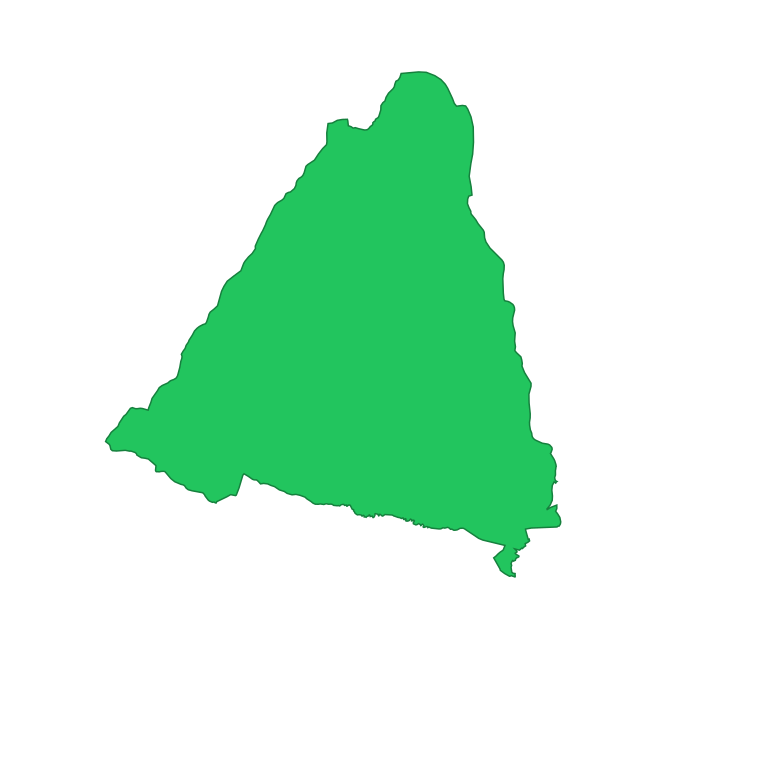 Capu Campului, Suceava, Romania, rotated 48°
{"feature_id": "2599482B47808933658388", "entity_name": "Capu Campului", "entity_type": "district", "adm_level": 2, "iso_a3": "ROU", "parent_name": "Romania", "parent_adm1": "Suceava", "projection": "mercator", "projection_center": [25.961, 47.503], "detail": "fine", "context": "isolated", "style": "filled", "palette": "green", "viewbox_px": 768, "rotation_deg": 48, "n_neighbors": 0, "source": "geoboundaries", "source_scale": "gbopen_adm2", "svg_char_len": 6170}
<svg xmlns="http://www.w3.org/2000/svg" viewBox="0 0 768 768"><g transform="rotate(48 384 384)"><path d="M357.1,590.7L358.0,589.3L359.5,588.9L360.1,588.3L359.5,587.1L362.7,576.1L363.6,572.0L367.6,569.0L367.7,568.1L364.3,561.4L357.3,549.9L357.1,548.1L361.9,546.6L366.8,545.5L368.4,544.6L370.0,542.9L372.3,542.6L375.6,542.6L377.3,540.0L380.4,537.3L383.7,535.9L387.0,534.0L392.7,532.6L397.1,530.0L400.4,529.2L404.8,526.5L407.1,523.3L410.5,520.9L415.2,518.4L417.6,518.2L422.4,516.9L425.0,516.5L427.3,515.5L429.4,513.3L430.5,511.6L433.3,509.3L434.1,507.4L434.8,506.6L436.0,505.9L437.9,503.6L439.1,502.9L440.4,502.7L443.2,500.2L443.8,499.2L444.7,498.8L445.0,498.4L445.0,496.8L445.8,495.3L446.6,494.4L447.7,494.6L448.1,494.2L448.7,493.0L449.0,492.8L449.8,493.4L450.1,493.2L450.3,491.4L451.1,490.4L451.7,490.3L455.7,491.4L457.0,490.7L457.9,491.5L459.0,491.4L460.1,491.9L461.3,491.9L463.4,491.4L464.5,489.9L465.9,488.7L467.5,488.7L467.7,487.3L467.9,487.1L468.3,486.9L469.6,487.7L470.2,486.8L471.1,486.5L471.0,485.2L471.6,484.1L471.4,482.6L472.1,482.3L473.2,483.0L474.4,481.1L475.6,481.5L476.0,481.5L476.1,481.1L476.2,480.3L475.5,478.6L474.7,477.9L474.5,477.5L474.6,477.1L477.0,475.6L478.0,476.2L478.5,476.1L478.0,474.3L478.4,474.0L480.4,473.8L481.1,473.5L481.4,472.9L481.6,470.7L486.6,465.8L487.4,465.3L488.7,465.0L489.4,464.5L492.4,462.9L494.2,461.5L495.5,461.1L495.8,460.6L496.1,459.7L496.6,459.4L497.7,460.0L498.2,459.8L498.2,458.7L498.5,458.1L499.2,458.1L499.7,459.0L500.6,459.3L501.6,458.3L502.2,457.2L502.4,456.2L502.1,454.8L503.4,454.2L504.2,455.1L504.6,454.6L505.1,453.0L506.0,453.0L506.4,453.6L506.5,454.6L506.8,455.2L507.6,455.7L510.0,454.6L510.6,453.5L511.0,451.6L512.9,451.0L513.6,451.4L513.9,451.4L513.8,449.3L514.1,449.0L515.9,449.2L516.2,449.5L516.2,450.3L516.6,450.6L517.3,450.3L518.3,448.0L518.7,447.4L519.2,447.2L520.1,447.5L520.3,446.4L522.7,445.3L528.3,440.3L529.3,439.2L529.9,438.1L530.2,436.5L531.8,435.2L533.1,432.6L534.4,432.0L536.4,431.8L537.3,430.7L539.5,429.9L540.7,428.3L541.4,427.1L542.2,423.9L544.1,421.7L545.4,421.1L562.1,416.9L566.1,415.0L584.9,402.1L587.0,406.2L587.1,407.3L586.7,410.0L586.6,412.7L586.8,416.1L586.6,418.8L598.9,421.5L600.3,422.2L605.5,421.2L610.8,419.4L611.2,418.8L611.7,417.6L615.0,415.8L614.7,415.1L613.6,414.4L612.6,413.4L611.0,414.7L609.5,415.0L605.3,412.3L604.1,410.4L602.6,409.9L601.8,408.4L601.4,407.3L601.3,406.5L602.2,406.4L602.9,404.4L602.0,402.9L601.9,401.4L602.4,400.9L602.6,399.3L601.9,398.8L599.0,399.8L597.5,399.7L597.8,397.5L597.1,397.2L594.0,397.2L598.1,394.5L598.2,391.4L598.9,391.2L598.8,388.9L599.1,387.1L597.1,385.9L597.9,383.1L598.0,380.8L596.3,379.9L596.0,380.8L587.5,376.6L586.5,375.9L589.6,370.9L606.0,351.1L606.1,349.8L606.8,348.8L606.0,346.5L604.7,344.9L600.8,342.6L596.2,341.8L593.4,341.6L592.5,339.5L592.0,338.7L589.6,336.6L587.2,342.8L586.5,346.7L585.9,346.5L585.1,341.4L583.0,336.8L579.9,333.7L575.3,330.4L572.0,326.8L570.6,323.1L572.5,322.7L572.1,321.5L572.2,320.7L571.3,321.1L569.8,321.0L568.2,320.1L567.6,319.6L566.4,317.5L563.0,314.5L561.9,313.0L561.2,312.4L560.6,311.3L559.0,310.2L555.3,308.5L553.2,307.9L547.0,306.8L546.7,305.7L545.1,302.8L543.9,301.9L543.1,301.7L540.2,301.7L538.4,302.4L533.9,306.0L527.0,309.0L524.9,309.4L523.2,309.3L521.8,308.8L519.3,307.1L516.0,305.9L512.1,303.4L509.8,301.5L507.0,298.1L504.0,295.3L495.2,288.9L488.5,283.1L484.1,276.3L481.8,274.2L469.5,271.9L463.0,269.5L461.3,267.5L458.2,265.5L455.4,264.1L449.2,264.6L446.7,264.4L444.3,261.4L439.6,258.3L433.8,252.3L427.0,249.0L423.6,246.7L421.0,244.1L416.5,237.5L414.7,236.1L412.9,235.3L411.1,235.0L407.4,235.8L405.6,236.6L403.1,238.5L402.1,238.4L401.0,237.9L396.3,234.5L385.3,225.3L381.9,221.6L379.3,218.2L376.2,215.2L373.4,213.8L370.8,213.4L353.9,214.3L346.7,213.2L342.7,211.4L338.3,208.0L336.2,207.3L327.8,206.8L323.4,205.9L316.2,205.5L315.0,205.0L313.7,203.9L309.9,202.9L305.8,201.3L302.5,198.0L301.1,195.3L302.5,192.2L295.6,187.2L286.6,181.7L278.2,171.8L272.5,164.3L264.2,155.7L252.7,145.7L243.7,140.6L235.6,137.8L232.0,137.3L229.5,139.3L226.1,144.2L222.5,144.0L217.7,142.1L206.9,138.8L202.2,137.9L195.9,138.0L188.9,139.9L180.7,144.0L175.2,149.5L164.7,163.5L166.8,167.0L167.6,169.9L167.0,172.6L168.4,175.2L170.0,177.5L170.6,179.6L170.9,186.0L172.3,190.6L174.3,193.9L174.2,196.7L175.1,200.0L178.2,203.0L181.4,208.3L182.1,210.0L181.6,213.1L182.5,214.5L182.3,216.2L182.4,217.5L183.4,218.4L183.8,219.8L183.5,221.8L183.9,223.8L183.9,226.0L183.2,227.3L182.1,228.6L177.3,232.0L174.3,233.8L173.2,235.7L170.7,236.3L168.2,237.7L164.2,234.8L162.8,234.1L159.5,238.0L156.8,242.3L155.5,247.7L153.0,251.3L159.1,258.5L165.8,264.3L167.7,266.6L168.0,272.0L169.2,278.7L171.1,285.9L169.9,293.9L170.0,296.3L173.6,302.0L174.7,304.7L174.9,306.6L174.3,309.8L174.8,312.7L175.8,314.6L177.5,316.6L178.8,319.8L178.7,325.0L177.7,326.8L177.0,329.4L179.1,334.3L179.0,337.1L178.1,341.1L178.0,343.0L178.2,345.8L182.1,355.1L183.7,360.1L184.9,362.9L186.3,365.4L189.0,371.7L189.8,374.2L192.2,380.4L195.4,387.4L197.4,389.0L198.8,394.6L198.9,399.6L199.7,404.9L200.4,407.4L204.1,414.6L203.3,422.9L202.7,431.7L204.3,437.5L206.4,442.7L214.5,455.4L214.6,460.1L214.3,465.0L215.1,467.4L216.7,469.8L219.2,474.3L219.8,476.3L218.7,478.8L217.7,482.8L217.5,485.7L217.8,489.3L219.5,493.9L221.0,499.5L222.0,501.4L222.9,505.2L224.5,508.0L225.1,511.0L226.3,514.7L228.2,515.5L229.7,517.1L231.2,519.8L235.0,524.6L238.9,530.6L239.9,532.3L240.5,534.6L240.0,537.2L238.9,539.9L238.6,541.3L238.6,543.9L236.7,549.8L236.3,553.4L237.4,556.8L239.5,566.0L241.7,569.6L244.4,575.0L245.6,576.8L240.6,579.9L238.9,581.4L237.1,584.1L235.9,585.3L233.2,586.8L232.4,588.7L234.0,596.1L233.8,599.0L235.8,606.6L237.5,610.1L237.4,619.2L238.6,623.2L239.2,626.7L240.5,629.4L244.8,628.6L246.3,628.8L249.7,630.7L251.8,630.5L254.8,627.6L260.2,620.6L263.4,618.2L264.7,616.8L268.4,614.8L270.0,614.6L271.6,615.2L276.4,613.7L279.2,611.3L282.1,609.3L292.0,608.1L292.7,608.7L295.2,611.5L296.0,611.9L296.8,611.9L299.1,609.5L299.7,608.3L300.8,606.9L301.7,605.9L302.8,605.4L311.7,605.7L316.6,604.9L322.6,602.1L324.8,600.6L326.3,600.3L329.1,600.7L331.6,600.2L334.9,598.1L343.5,591.5L346.0,591.4L347.8,591.9L352.8,592.3L354.3,592.0L357.1,590.7Z" fill="#22c55e" stroke="#15803d" stroke-width="1.5"/></g></svg>